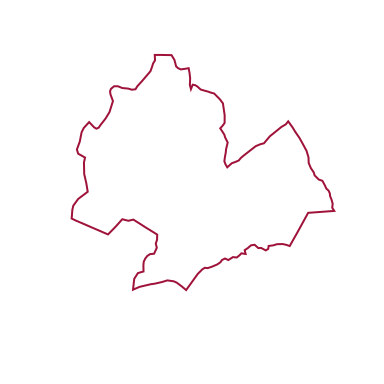 Florânia, Rio Grande do Norte, Brazil, rotated 306°
{"feature_id": "56859067B70740339251141", "entity_name": "Florânia", "entity_type": "district", "adm_level": 2, "iso_a3": "BRA", "parent_name": "Brazil", "parent_adm1": "Rio Grande do Norte", "projection": "orthographic", "projection_center": [-36.81, -6.18], "detail": "fine", "context": "isolated", "style": "outline", "palette": "rose", "viewbox_px": 384, "rotation_deg": 306, "n_neighbors": 0, "source": "geoboundaries", "source_scale": "gbopen_adm2", "svg_char_len": 2209}
<svg xmlns="http://www.w3.org/2000/svg" viewBox="0 0 384 384"><g transform="rotate(306 192 192)"><path d="M273.4,301.6L273.7,298.7L275.4,295.7L277.7,290.9L276.6,287.3L277.5,281.5L279.4,279.0L281.2,274.1L284.1,269.3L288.4,266.0L292.6,260.5L296.2,253.0L299.0,246.9L301.4,240.1L303.4,235.3L305.7,228.3L301.8,228.1L297.2,226.1L282.7,222.2L273.7,221.6L270.8,219.2L266.5,216.6L251.5,212.3L248.2,211.5L245.0,211.3L241.6,209.3L238.7,207.3L232.7,206.0L234.1,202.8L235.9,200.1L239.8,198.0L243.4,196.3L246.7,194.4L253.0,191.8L255.6,186.8L257.4,184.4L258.6,181.4L260.1,177.4L263.4,177.8L267.0,177.8L273.3,173.3L281.9,164.9L283.4,160.0L284.7,152.0L283.4,148.6L282.7,146.1L281.6,143.2L280.0,138.8L280.5,134.4L280.3,131.8L279.2,129.5L274.6,130.7L277.4,127.3L280.3,125.4L283.0,123.6L287.0,119.9L290.2,116.5L287.8,114.2L284.6,110.9L284.0,107.9L284.3,105.3L288.5,100.2L290.7,95.0L285.6,87.7L282.8,83.8L281.0,81.3L276.8,84.7L272.9,85.0L270.5,85.9L265.3,87.4L258.8,86.9L252.5,86.4L245.4,85.6L241.9,85.9L239.4,83.2L238.2,79.7L235.1,74.4L234.0,69.9L231.7,66.8L227.8,65.8L225.3,66.5L223.1,68.6L219.1,74.6L208.1,78.3L200.5,78.9L192.7,78.6L189.2,78.7L187.0,77.4L186.8,74.8L188.1,67.7L180.2,66.8L175.4,67.6L169.8,70.2L166.8,71.6L158.7,73.9L156.1,77.4L157.0,85.2L152.3,87.3L143.1,94.3L137.1,101.2L130.9,107.5L119.5,104.0L111.2,104.0L107.2,105.7L102.2,108.8L99.8,110.2L100.5,114.3L108.3,149.0L119.0,150.6L129.0,151.6L131.3,157.4L135.2,160.8L136.1,175.4L137.1,188.9L132.8,191.8L129.0,193.0L126.2,196.3L119.8,197.6L117.1,194.6L113.9,193.4L110.7,193.3L107.3,193.9L104.1,195.8L99.2,199.5L94.6,195.9L87.8,196.3L78.3,201.7L84.4,205.3L93.2,212.9L96.0,215.8L101.6,220.7L106.0,224.0L109.0,229.7L109.7,232.9L109.6,239.5L109.2,244.9L129.0,244.8L135.4,245.8L138.2,246.9L139.7,249.5L143.4,252.1L148.2,255.0L151.9,256.3L154.6,256.2L157.6,257.8L158.3,261.4L163.4,263.4L165.3,266.7L168.5,267.6L171.4,268.0L173.4,271.8L175.9,268.8L179.4,270.1L183.4,271.0L186.1,273.6L185.6,278.6L187.4,280.8L188.1,286.0L190.8,287.1L193.4,285.7L196.5,289.0L199.8,291.5L203.2,296.0L204.7,299.4L205.7,302.8L221.5,301.0L243.4,298.2L260.3,318.2L261.7,314.7L265.2,312.7L267.9,309.3L269.8,306.2L271.9,304.3L273.4,301.6Z" fill="none" stroke="#9f1239" stroke-width="2"/></g></svg>